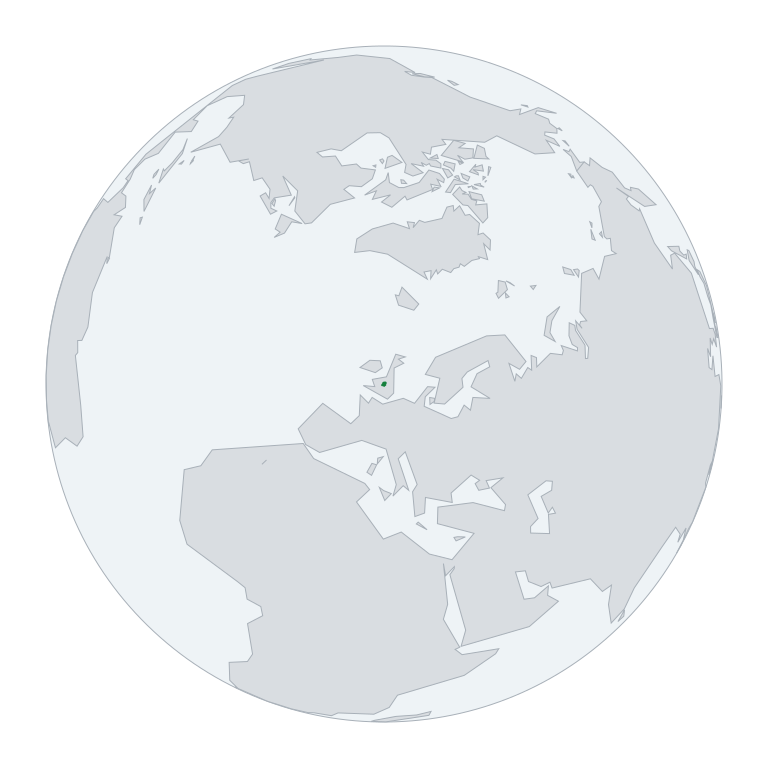 globe centered on Staffordshire, rotated 43°
{"feature_id": "GBR-2777", "entity_name": "Staffordshire", "entity_type": "Administrative County", "adm_level": 1, "iso_a3": "GBR", "parent_name": "United Kingdom", "parent_adm1": "", "projection": "orthographic", "projection_center": [-2.054, 52.818], "detail": "fine", "context": "on_globe", "style": "filled", "palette": "green", "viewbox_px": 768, "rotation_deg": 43, "n_neighbors": 0, "source": "natural_earth", "source_scale": "10m", "svg_char_len": 11415}
<svg xmlns="http://www.w3.org/2000/svg" viewBox="0 0 768 768"><g transform="rotate(43 384 384)"><circle cx="384" cy="384" r="338" fill="#eef3f6" stroke="#a8b0b8"/><path d="M59.2,477.4L54.0,456.0L54.2,450.7L52.5,439.7L58.2,439.5L59.4,418.3L58.1,409.8L55.1,410.1L53.2,378.3L56.2,357.9L69.5,269.2L75.0,255.5L81.6,245.0L119.1,188.0L87.6,229.7L95.8,214.4L108.7,195.9L109.0,197.4L127.8,176.4L139.7,162.0L166.3,142.0L194.3,135.0L185.9,141.3L193.5,139.5L204.6,131.7L210.0,127.2L251.4,115.4L289.8,98.2L296.5,89.5L299.3,94.5L308.3,76.7L325.6,68.3L309.3,80.1L310.2,83.1L323.7,78.1L327.5,80.3L336.2,79.3L339.5,82.6L329.8,89.9L331.8,92.4L341.2,88.8L350.5,90.3L336.4,95.1L351.1,98.4L337.5,112.8L297.2,125.6L292.8,138.5L259.6,165.5L265.8,166.6L257.2,178.4L261.2,184.3L253.9,188.2L263.4,189.6L269.3,184.9L275.4,184.1L278.3,187.3L269.5,192.7L266.8,191.9L265.7,195.2L260.1,196.6L264.5,197.7L253.5,204.3L268.5,202.8L263.3,212.2L254.8,215.2L250.4,208.4L219.8,200.6L209.9,202.7L200.4,211.9L193.7,242.5L185.0,248.1L177.0,260.3L184.2,259.9L193.0,250.4L204.4,253.3L213.8,241.9L219.9,241.8L231.7,233.3L235.5,241.9L232.9,255.1L223.3,262.7L221.9,269.0L235.6,268.0L222.2,289.2L221.1,315.6L217.0,320.7L200.8,318.3L189.1,301.6L168.1,300.9L187.4,309.1L176.8,322.7L177.5,328.5L181.4,332.6L187.6,330.6L185.2,337.2L165.2,331.0L167.0,324.9L173.4,326.7L167.8,319.3L154.3,316.3L150.0,324.0L134.0,313.2L130.8,318.8L125.5,320.0L131.7,311.6L120.2,326.8L100.7,320.2L84.6,346.3L94.3,315.9L94.0,303.5L92.1,291.4L89.2,295.3L90.7,275.5L85.2,267.9L73.3,280.8L64.9,301.0L64.3,320.8L68.7,318.6L70.9,330.8L59.5,342.2L61.7,369.2L55.8,382.6L55.2,397.5L58.7,407.3L61.6,423.2L67.1,422.6L74.5,431.2L71.2,444.3L78.0,440.0L80.2,453.7L97.0,479.0L94.8,480.0L108.4,516.0L128.6,544.3L133.3,558.2L130.3,561.1L138.6,569.9L138.8,573.6L176.6,606.3L199.9,627.8L201.9,638.8L187.6,640.6L187.2,654.7L165.0,640.8L166.9,642.9L148.3,626.1L131.0,608.0L115.1,588.7L100.7,568.2L87.8,546.7L76.6,524.3L67.1,501.2L59.2,477.4ZM79.4,353.0L82.3,390.7L76.0,377.2L78.0,377.9L78.3,366.6L77.1,349.7L72.8,338.6L79.4,353.0ZM91.1,351.8L90.2,346.3L91.7,350.7L91.1,351.8ZM211.8,125.0L204.4,131.5L193.0,137.9L198.7,132.2L211.8,125.0ZM234.0,114.5L231.6,117.7L223.3,118.5L227.2,116.4L234.0,114.5ZM300.4,83.3L293.7,86.5L298.9,82.7L300.4,83.3ZM336.8,78.6L337.5,77.1L341.7,77.3L336.8,78.6ZM228.7,229.3L230.1,231.2L227.2,231.8L228.7,229.3ZM232.5,223.9L228.1,223.1L229.3,220.4L231.9,220.9L232.5,223.9ZM350.7,82.7L357.3,83.8L348.9,83.9L350.7,82.7ZM237.7,225.6L231.9,215.8L234.0,211.3L246.0,209.7L237.7,225.6ZM360.0,85.3L376.0,88.4L378.9,85.1L379.7,96.8L365.8,89.9L355.0,90.3L360.8,87.9L360.0,85.3ZM269.9,182.1L263.7,187.2L266.2,180.1L269.9,182.1ZM270.0,177.8L268.8,158.2L279.3,152.7L277.6,160.2L289.1,151.1L294.8,158.0L289.8,164.5L281.8,166.6L290.1,167.8L270.0,177.8ZM377.5,103.1L379.9,105.2L375.5,104.4L377.5,103.1ZM278.0,183.3L276.8,179.6L285.9,174.5L289.9,180.9L285.7,180.5L278.0,183.3ZM289.3,145.6L296.7,143.2L303.4,148.0L307.2,147.9L295.8,157.7L289.3,145.6ZM285.1,183.3L291.7,184.4L290.1,189.8L279.8,186.5L285.1,183.3ZM286.5,170.6L291.0,168.5L289.8,171.7L286.5,170.6ZM288.0,210.5L286.4,205.8L290.9,202.7L288.0,210.5ZM294.3,184.5L294.8,182.6L296.4,181.0L300.3,182.9L294.3,184.5ZM301.3,160.6L302.6,163.3L306.3,156.8L311.5,160.5L302.9,166.5L308.8,165.5L310.4,166.7L301.7,170.4L301.3,160.6ZM309.2,180.0L300.1,189.5L302.1,198.7L298.1,201.6L295.6,186.4L309.2,180.0ZM305.5,174.0L306.9,178.3L301.2,179.5L296.8,177.4L305.5,174.0ZM318.0,160.9L312.3,153.7L314.4,152.7L318.0,160.9ZM310.9,182.3L313.0,180.0L311.7,182.8L310.9,182.3ZM317.1,167.1L314.8,164.6L317.2,163.5L317.1,167.1ZM319.2,177.7L316.3,180.6L313.2,179.2L319.2,177.7ZM319.1,172.6L323.0,171.7L313.8,176.8L317.7,171.7L319.1,172.6ZM319.7,166.5L320.4,165.0L320.3,167.7L319.7,166.5ZM332.6,181.9L321.8,188.7L315.0,185.3L326.4,179.0L332.6,181.9ZM703.8,274.7L705.3,281.5L711.1,299.2L711.0,298.7L713.3,308.2L709.3,294.0L703.1,283.3L706.8,299.4L703.0,291.8L695.0,289.9L698.4,313.4L706.1,362.4L713.1,384.5L713.2,403.9L698.6,392.2L687.5,375.9L685.2,386.8L667.8,385.7L646.1,418.6L640.5,415.8L637.0,425.0L624.4,429.9L614.8,424.2L608.3,431.8L633.2,445.9L639.9,437.7L641.9,419.5L647.8,427.0L659.7,423.9L655.7,462.3L619.3,523.3L611.6,508.3L562.2,478.5L561.3,471.3L560.9,470.6L560.0,469.6L559.8,482.2L549.9,474.8L580.8,501.7L587.9,515.6L618.9,524.9L617.0,529.6L625.7,528.7L648.5,499.3L649.6,505.2L641.4,542.3L606.1,602.4L608.4,617.0L601.8,632.4L574.7,655.9L571.8,662.4L557.0,672.2L552.6,676.1L537.7,684.8L516.2,695.0L512.7,696.4L481.6,707.4L483.7,706.2L473.3,705.9L460.6,693.2L473.4,680.1L472.1,671.2L447.6,652.3L453.3,636.2L445.7,630.8L430.6,634.7L421.3,627.7L411.8,628.4L349.2,635.5L327.7,623.1L296.3,582.9L305.8,568.7L303.3,549.3L365.5,482.6L383.4,486.5L437.8,469.8L445.5,471.0L444.3,489.0L489.3,497.9L497.6,480.5L533.2,477.4L553.6,466.1L551.7,431.8L518.3,449.7L507.4,437.3L530.0,410.0L558.5,394.5L555.1,389.3L532.9,386.9L535.0,371.5L524.6,385.0L532.1,388.2L525.8,397.1L518.6,394.7L519.6,389.2L509.8,391.2L507.4,418.0L514.7,424.1L491.7,438.7L501.7,450.7L497.0,459.9L478.4,443.3L476.8,434.9L445.8,419.1L445.4,429.0L474.6,444.9L467.4,445.3L467.0,459.9L461.6,449.2L429.9,430.2L406.2,440.4L383.6,478.0L368.1,481.7L351.8,475.3L352.4,439.9L386.8,435.7L387.5,424.0L374.1,408.2L385.7,408.6L384.5,401.9L396.8,399.6L407.9,381.3L419.5,377.3L417.7,356.2L423.5,351.6L422.9,365.2L428.6,372.9L456.7,363.4L460.4,357.5L457.0,344.8L465.1,344.2L458.2,333.2L471.4,322.2L449.6,326.7L445.0,313.0L449.6,299.3L444.1,295.9L436.7,318.4L437.2,326.8L444.0,332.5L442.0,357.3L433.7,363.8L420.9,341.7L407.7,348.8L403.5,329.3L426.2,278.9L438.9,265.7L472.5,270.7L473.1,280.8L461.3,283.7L477.9,292.8L473.8,286.4L480.6,286.2L477.9,273.9L482.6,273.2L472.1,262.8L477.5,260.7L484.1,267.3L484.8,248.1L494.4,241.1L492.3,237.1L487.4,235.0L502.9,227.9L500.7,225.4L494.7,226.7L486.4,222.6L477.7,212.9L483.6,211.0L487.5,214.2L504.5,218.5L514.0,228.0L515.5,226.3L508.7,217.7L487.9,212.3L481.1,207.1L490.9,208.2L486.8,207.4L485.2,204.2L489.2,199.5L478.3,197.8L453.1,168.3L458.1,156.9L469.7,160.7L458.3,140.2L464.9,130.3L459.4,131.3L450.2,123.1L448.0,125.9L444.6,125.9L420.0,107.6L418.7,102.4L401.9,97.0L399.0,97.6L399.0,101.1L379.7,96.8L378.9,85.1L385.4,84.1L380.5,78.1L395.9,76.8L406.5,73.4L426.2,76.5L432.8,74.1L430.1,72.1L437.1,67.9L460.7,67.3L453.5,76.4L420.3,82.1L434.9,80.1L435.1,83.4L442.5,84.6L452.5,83.4L451.4,81.5L485.6,96.5L516.6,103.2L505.8,94.3L507.3,90.1L533.2,93.3L584.2,121.5L586.7,118.8L592.2,121.7L602.1,130.2L594.3,126.1L597.0,131.2L591.1,127.9L604.3,141.3L596.4,137.3L610.6,150.3L614.0,149.8L605.3,139.0L621.0,152.7L622.5,148.7L631.6,155.7L659.2,188.6L674.0,212.2L676.7,216.4L677.9,220.5L686.6,237.0L689.7,239.9L703.8,274.7ZM349.9,519.7L349.5,526.0L349.9,519.7ZM592.9,393.0L607.1,380.5L593.2,367.2L597.5,361.5L591.2,359.3L592.1,366.3L575.6,359.0L579.1,347.4L573.5,340.3L568.5,344.3L564.8,367.0L588.4,377.3L588.4,388.3L592.9,393.0ZM97.6,479.6L99.2,485.1L96.2,481.2L97.6,479.6ZM72.8,380.4L74.5,386.3L74.6,391.3L72.8,387.6L72.8,380.4ZM93.5,426.8L96.7,434.1L92.3,428.8L93.5,426.8ZM83.4,396.3L90.8,421.5L82.6,412.8L78.3,397.0L82.6,404.7L83.4,396.3ZM85.4,356.8L85.9,361.3L84.2,362.7L85.4,356.8ZM92.2,355.1L91.6,354.0L92.3,350.2L92.2,355.1ZM178.0,323.0L179.6,323.8L182.4,328.9L178.9,328.4L178.0,323.0ZM208.3,341.5L203.7,351.7L204.5,343.8L198.7,344.8L193.2,329.8L214.7,322.5L205.9,328.3L208.3,341.5ZM191.8,308.7L192.9,318.4L190.9,308.1L191.8,308.7ZM365.4,369.6L371.7,373.4L369.9,381.6L355.2,388.3L357.5,376.3L365.4,369.6ZM380.9,377.1L372.3,354.2L381.1,349.7L377.6,356.0L384.3,355.3L380.5,365.4L397.3,384.1L396.9,392.7L369.9,399.3L379.0,392.2L372.3,388.6L380.9,377.1ZM334.7,309.3L331.1,300.9L354.9,301.8L355.5,309.7L340.9,316.4L331.5,311.1L334.7,309.3ZM259.9,225.3L257.0,223.1L259.4,221.5L263.9,222.0L259.9,225.3ZM286.9,208.6L275.3,233.7L271.3,232.3L269.2,249.4L258.1,252.6L259.8,241.2L249.6,256.9L246.7,247.9L241.0,259.1L246.0,233.5L242.9,226.5L250.6,233.0L260.9,230.2L264.5,226.9L272.3,212.6L270.9,196.9L281.0,192.2L288.4,193.0L290.3,196.0L283.2,198.0L290.8,200.7L281.9,206.0L286.9,208.6ZM370.2,213.7L361.2,213.4L375.0,222.3L366.2,226.5L368.3,227.2L364.0,233.7L362.5,243.2L357.8,244.0L359.2,247.4L356.4,252.0L356.8,257.0L348.4,260.3L348.2,266.9L344.4,264.8L346.3,275.2L341.1,269.0L336.9,274.8L344.2,277.8L298.1,286.6L282.7,296.1L272.8,307.8L265.2,296.4L269.7,278.6L280.9,260.1L296.7,253.0L290.4,249.5L296.2,245.2L298.7,249.8L298.2,240.2L303.6,238.0L313.5,223.4L309.4,211.7L312.9,206.3L317.2,209.9L317.7,202.1L328.3,205.3L331.0,201.6L344.2,201.4L350.9,210.7L353.5,206.0L363.6,206.0L370.2,213.7ZM336.4,182.1L346.4,191.6L346.5,198.8L323.6,196.3L319.6,199.2L304.9,198.5L305.0,188.3L309.2,189.3L313.3,188.0L311.6,191.7L316.1,187.8L322.0,189.3L327.0,186.8L328.9,190.5L336.4,182.1ZM451.1,462.8L456.4,462.2L464.1,459.2L464.0,468.7L451.1,462.8ZM429.3,450.3L433.7,448.1L437.2,459.3L431.7,460.2L429.3,450.3ZM433.0,437.6L433.6,447.1L430.0,442.5L433.0,437.6ZM426.6,362.7L430.9,359.9L432.6,362.5L431.6,367.6L426.6,362.7ZM409.3,243.2L404.1,241.3L404.7,239.2L397.1,230.3L403.1,226.8L409.9,230.8L409.3,243.2ZM547.8,440.4L543.7,449.6L539.8,448.5L542.0,445.5L547.8,440.4ZM503.2,461.7L514.9,461.2L503.1,464.3L503.2,461.7ZM414.5,237.9L410.7,234.6L416.0,234.9L414.5,237.9ZM407.0,223.9L412.7,223.3L402.9,225.4L407.0,223.9ZM642.8,595.7L615.8,629.8L604.7,639.5L606.6,636.2L619.4,619.0L633.6,603.8L641.7,591.4L642.8,595.7ZM713.9,385.1L717.7,390.3L717.1,398.2L713.9,385.1ZM680.0,221.4L683.7,228.9L682.3,226.6L676.5,215.7L680.0,221.4ZM647.2,172.1L646.2,171.0L638.6,162.2L644.6,168.9L645.7,170.2L647.2,172.1ZM459.7,207.3L463.6,223.2L470.3,233.2L480.2,236.2L467.9,239.2L457.5,223.7L459.7,207.3ZM453.3,173.1L444.6,171.1L447.1,167.9L449.4,167.9L453.3,173.1ZM448.9,174.8L440.6,180.1L434.9,176.5L442.6,172.9L448.9,174.8ZM427.9,208.3L428.7,213.1L424.3,212.6L427.9,208.3ZM584.8,113.3L582.0,112.0L575.8,107.2L579.5,109.4L584.8,113.3ZM553.0,92.2L573.2,105.6L589.0,117.6L587.3,115.6L596.7,122.2L595.7,122.9L579.8,111.4L569.0,103.2L561.1,99.2L549.3,92.2L542.3,90.2L535.1,86.8L538.2,86.3L553.0,92.2ZM539.6,89.7L523.0,85.6L514.2,79.1L515.9,78.5L527.2,83.0L531.2,86.1L539.6,89.7ZM516.4,82.9L520.1,86.1L503.4,90.5L497.7,90.0L505.7,82.2L509.7,85.0L515.3,85.3L516.4,82.9ZM382.5,103.6L380.2,105.0L380.0,102.8L382.5,103.6ZM443.7,127.7L439.1,127.2L439.1,124.3L443.7,127.7ZM426.4,124.5L429.6,128.0L423.8,125.0L426.4,124.5ZM437.2,136.1L429.7,129.8L440.4,134.8L437.2,136.1Z" fill="#d9dde1" stroke="#a8b0b8" stroke-width="1"/><path d="M383.0,384.4L382.9,384.2L382.8,383.9L382.9,383.6L382.6,383.7L382.6,383.4L382.8,383.2L382.9,382.9L382.9,382.7L383.0,382.6L383.3,382.4L383.4,382.5L383.4,382.8L383.4,383.0L383.5,383.1L383.7,383.3L383.8,383.3L383.9,383.2L383.8,382.8L383.7,382.6L383.5,382.4L383.6,382.1L383.7,381.9L383.8,381.9L384.1,381.8L384.3,381.7L384.4,381.8L384.7,381.9L384.8,382.0L385.0,382.4L385.0,382.5L385.1,382.8L385.1,383.0L384.9,383.2L384.8,383.3L384.8,383.5L385.1,383.7L385.1,383.8L385.5,383.9L385.7,384.0L385.5,384.3L385.4,384.3L385.3,384.5L385.5,384.7L385.5,384.8L385.6,384.7L385.6,384.8L385.5,385.0L385.5,385.4L385.4,385.4L385.1,385.4L384.9,385.4L384.7,385.4L384.6,385.2L384.4,384.9L384.4,385.0L384.1,385.2L383.8,385.1L383.7,385.1L383.5,385.3L383.6,385.5L383.7,385.8L383.6,386.0L383.6,386.3L383.4,386.3L383.3,386.2L383.2,386.2L383.2,385.8L383.3,385.8L383.3,385.7L383.2,385.6L383.3,385.5L383.2,385.4L383.1,385.2L383.2,385.3L383.3,385.2L383.4,384.9L383.1,384.8L383.1,384.7L383.0,384.4Z" fill="#22c55e" stroke="#15803d" stroke-width="1.5"/></g></svg>